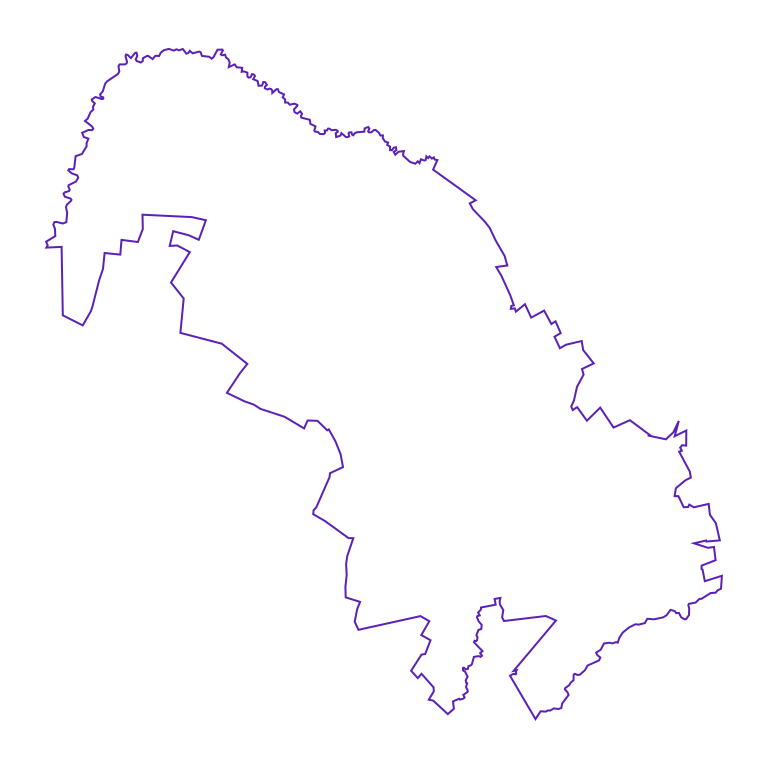 the district of Dr Ruth Segomotsi Mompati, North West, South Africa
{"feature_id": "47623444B1265322146951", "entity_name": "Dr Ruth Segomotsi Mompati", "entity_type": "district", "adm_level": 2, "iso_a3": "ZAF", "parent_name": "South Africa", "parent_adm1": "North West", "projection": "mercator", "projection_center": [24.344, -26.693], "detail": "fine", "context": "isolated", "style": "outline", "palette": "violet", "viewbox_px": 768, "rotation_deg": 0, "n_neighbors": 0, "source": "geoboundaries", "source_scale": "gbopen_adm2", "svg_char_len": 5977}
<svg xmlns="http://www.w3.org/2000/svg" viewBox="0 0 768 768"><path d="M686.2,445.6L686.3,430.5L674.7,436.2L678.8,420.9L673.4,432.3L665.9,439.3L647.8,435.5L649.8,435.0L629.9,420.2L613.5,427.5L600.2,407.6L586.9,420.7L577.2,407.2L572.7,410.0L571.2,406.5L574.0,400.4L577.0,386.8L583.6,374.6L582.0,369.0L593.7,363.4L583.2,350.1L581.7,341.0L566.1,344.7L559.9,348.2L554.5,336.7L560.7,333.1L555.5,321.3L551.4,324.0L544.1,310.6L531.2,317.6L525.0,304.2L515.9,311.6L514.8,308.4L510.8,308.8L511.3,305.9L513.8,305.3L510.4,295.6L501.5,276.0L496.2,267.0L507.3,265.5L504.6,255.9L495.8,240.7L489.8,228.1L484.8,221.6L472.9,209.2L469.8,203.4L475.7,200.3L433.1,169.6L437.4,160.1L434.6,159.5L433.8,157.4L431.9,158.6L429.5,156.4L428.1,158.1L426.4,156.4L425.6,160.1L424.4,160.5L420.9,159.3L419.5,163.2L417.8,161.3L415.4,163.7L410.2,162.0L403.4,155.9L403.0,154.3L403.9,151.0L398.5,151.8L395.3,154.7L393.7,151.9L396.4,150.1L395.9,147.2L393.8,147.7L392.0,150.1L390.1,150.2L390.0,146.6L387.2,144.9L388.1,142.6L385.0,141.5L382.8,138.2L382.9,135.4L380.4,135.5L378.8,132.6L375.5,129.9L374.0,130.1L371.1,132.4L368.7,132.2L368.1,131.1L369.4,128.7L368.2,127.0L364.7,128.4L364.3,131.7L357.1,132.2L354.6,133.3L353.2,135.3L352.1,134.7L351.4,132.3L349.3,132.4L348.6,133.3L349.2,136.4L347.4,137.2L345.9,137.0L341.4,133.1L340.5,135.6L336.2,137.1L335.7,133.2L337.7,131.8L337.6,130.8L335.8,129.8L331.7,130.2L329.3,128.6L327.9,128.7L326.8,130.6L324.7,130.5L325.0,132.9L323.7,134.1L320.0,134.0L317.9,132.0L314.9,131.5L314.3,130.3L315.5,126.4L310.4,123.9L309.8,119.8L301.3,117.6L300.9,116.2L302.0,113.9L300.3,111.3L297.2,113.6L294.7,112.3L293.9,109.5L297.4,105.7L297.3,104.8L294.3,103.7L289.8,104.7L287.9,102.6L285.1,102.5L285.2,99.4L282.7,97.4L284.0,94.4L279.0,92.1L277.9,89.2L276.5,89.2L272.3,93.0L272.2,90.3L271.0,89.0L269.6,88.6L267.5,89.5L264.8,88.2L265.0,86.6L266.9,84.8L265.1,82.1L263.3,82.0L262.1,85.5L258.6,85.8L257.6,81.0L253.2,79.2L255.0,76.0L254.1,74.6L252.1,74.1L250.5,77.3L248.5,77.6L247.4,76.4L247.4,72.7L243.9,71.4L241.7,71.8L242.2,67.8L236.8,67.3L234.7,64.4L228.8,67.1L229.7,62.5L228.4,59.3L226.0,57.5L225.1,54.7L222.2,55.3L220.8,54.5L222.9,50.4L222.4,49.6L217.5,49.7L213.5,57.2L211.6,58.7L209.3,56.8L201.9,55.9L200.6,52.2L199.2,51.6L192.6,53.3L189.8,50.8L188.3,53.0L186.4,53.7L182.8,49.0L179.0,50.3L176.4,49.3L173.7,50.6L168.9,48.9L163.8,50.2L160.7,52.7L159.1,56.0L155.4,55.8L152.6,59.1L148.2,55.9L146.9,56.0L142.9,58.2L142.8,60.9L140.8,62.5L136.8,61.1L135.7,59.4L137.3,55.9L136.5,52.7L135.1,52.9L130.9,58.1L127.9,55.1L126.1,54.5L125.5,56.0L127.0,61.8L126.6,63.4L124.9,64.4L119.6,64.4L118.5,66.1L119.3,71.5L117.9,74.0L107.2,81.3L105.2,83.6L102.8,91.3L100.1,94.4L100.6,96.4L103.3,97.4L103.2,98.7L101.9,99.1L95.5,97.0L91.8,99.4L92.1,101.0L94.8,103.4L93.0,106.7L93.3,109.6L90.5,112.2L87.7,118.6L85.0,121.0L92.0,126.4L93.3,128.7L92.1,130.1L88.5,130.0L82.1,132.8L83.8,137.0L88.4,138.6L86.6,143.2L86.6,146.3L82.0,153.9L75.6,156.2L74.3,167.5L73.5,169.3L69.1,169.1L68.3,170.4L71.8,173.4L77.2,175.3L78.2,177.6L76.1,181.5L68.6,185.2L68.3,186.5L69.7,189.7L69.0,191.1L64.6,192.4L63.5,193.7L64.8,196.7L70.4,198.5L71.4,199.6L71.2,200.7L67.0,204.5L66.0,207.1L67.2,213.0L66.3,222.2L62.8,223.5L56.5,221.9L54.4,222.1L53.3,224.6L55.0,228.9L55.3,236.1L46.1,241.7L47.7,245.3L46.4,247.6L61.6,246.9L62.8,315.3L82.7,325.4L90.9,311.2L92.3,307.1L99.1,280.4L103.0,268.9L104.6,253.0L120.3,254.6L121.5,239.9L137.9,242.0L142.8,229.0L142.5,214.7L191.8,217.1L205.9,220.2L198.8,239.8L188.9,235.3L173.2,231.2L169.7,245.9L177.3,245.5L189.8,252.1L171.0,282.5L183.7,298.5L180.4,332.9L221.8,343.7L247.3,363.9L239.6,373.7L226.9,392.9L244.2,401.2L254.0,404.7L260.5,408.9L284.6,416.8L304.1,428.4L307.6,420.5L317.5,420.8L327.2,430.3L328.8,429.4L335.3,441.0L340.6,454.2L343.0,467.1L330.0,473.2L329.5,477.2L317.3,505.1L316.1,507.7L313.6,510.2L313.2,514.2L325.1,521.1L348.5,538.1L353.3,538.2L347.2,556.2L346.1,564.1L346.7,574.8L345.4,586.9L345.7,597.4L360.1,601.9L357.2,609.0L354.7,621.7L358.5,629.8L420.5,616.1L429.3,621.2L421.3,635.1L430.5,640.2L425.2,654.0L421.5,654.6L411.1,670.8L417.8,678.1L421.5,673.8L433.6,687.4L433.8,691.3L428.8,699.7L433.2,700.6L447.8,714.1L453.9,708.8L453.0,701.4L459.2,698.7L459.9,699.6L463.5,698.6L464.6,697.4L463.3,694.9L467.5,692.0L467.8,690.7L466.0,687.0L467.2,683.3L466.2,682.8L465.7,680.4L467.6,676.7L465.2,671.9L463.0,670.3L463.1,667.8L464.0,667.7L465.6,669.4L467.9,668.9L468.4,666.2L471.1,665.2L472.0,663.9L473.9,656.9L478.7,656.1L480.6,656.9L482.0,655.7L480.1,653.1L482.5,651.1L473.9,642.2L474.6,640.8L476.2,641.1L477.0,640.3L477.5,637.2L476.4,635.2L478.5,629.9L481.3,629.0L481.7,624.9L478.7,621.4L476.9,617.2L477.3,616.1L479.7,615.4L478.1,612.6L480.9,609.6L481.0,607.5L495.7,604.7L494.6,599.0L500.4,597.9L499.7,601.1L500.0,604.6L503.3,610.1L502.1,617.4L504.0,621.0L545.8,616.0L556.0,620.5L513.6,670.9L516.7,670.2L515.8,672.1L516.3,673.3L515.8,674.3L513.4,673.9L510.0,675.7L535.5,719.1L540.6,711.3L545.8,711.6L548.0,710.4L550.1,710.6L553.9,708.4L558.4,709.0L561.3,708.0L562.1,703.6L568.6,694.9L567.5,692.3L564.9,689.4L565.0,688.3L569.4,685.0L570.6,682.7L573.5,680.3L573.7,674.7L574.8,673.8L577.7,675.0L579.8,674.7L584.9,670.3L587.6,665.5L599.1,660.4L600.3,657.5L597.0,654.8L596.2,652.6L600.8,649.6L603.9,643.5L609.5,642.7L612.3,643.4L616.1,642.1L617.7,642.7L619.4,637.7L622.7,632.6L629.1,627.4L635.3,624.3L638.8,624.6L644.8,623.1L647.3,618.8L654.1,619.3L663.1,617.4L666.6,615.2L670.5,609.9L674.6,611.0L676.3,613.2L678.9,612.9L681.2,617.3L684.6,619.3L686.1,619.1L689.0,615.1L689.2,608.4L688.3,605.1L689.0,603.8L695.6,602.6L699.4,598.9L701.4,598.9L710.7,593.0L715.6,592.7L717.7,590.3L721.0,588.7L721.9,575.8L704.8,581.2L702.6,569.7L701.6,569.2L701.6,565.6L715.6,560.2L714.0,547.0L707.9,547.8L694.0,543.3L706.1,540.5L706.4,541.5L719.8,540.4L715.9,523.2L709.9,514.8L708.7,503.9L693.8,507.3L689.3,504.6L688.1,507.0L683.7,507.2L678.4,496.1L674.6,496.1L675.9,488.2L685.4,480.3L690.8,477.6L689.9,471.8L679.2,451.7L681.8,450.7L680.2,447.6L682.1,445.2L686.2,445.6Z" fill="none" stroke="#5b21b6" stroke-width="2"/></svg>